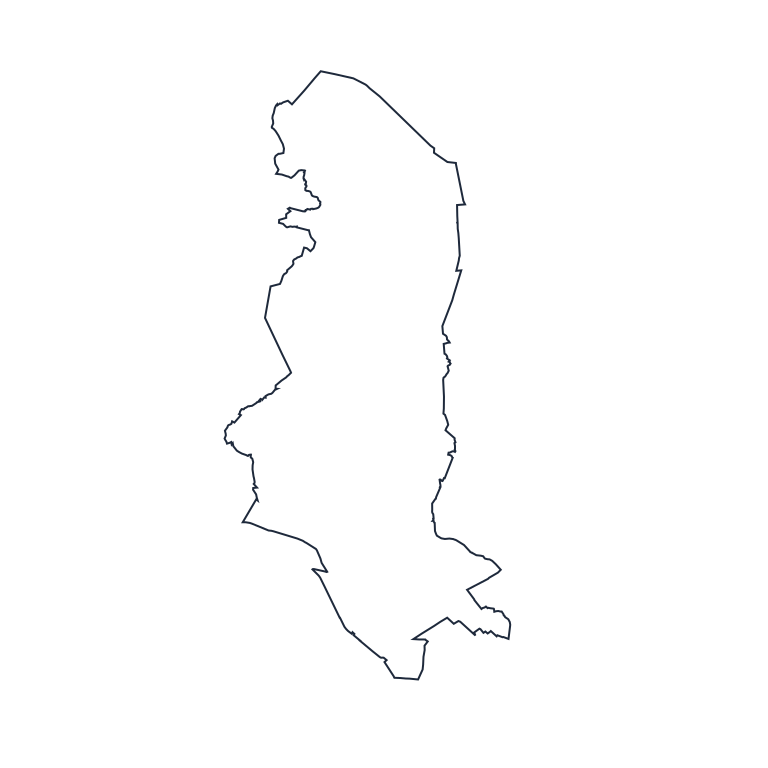 Tepeapulco, Hidalgo, Mexico, rotated 305°
{"feature_id": "50627088B41907364490539", "entity_name": "Tepeapulco", "entity_type": "district", "adm_level": 2, "iso_a3": "MEX", "parent_name": "Mexico", "parent_adm1": "Hidalgo", "projection": "mercator", "projection_center": [-98.507, 19.806], "detail": "fine", "context": "isolated", "style": "outline", "palette": "slate", "viewbox_px": 768, "rotation_deg": 305, "n_neighbors": 0, "source": "geoboundaries", "source_scale": "gbopen_adm2", "svg_char_len": 6142}
<svg xmlns="http://www.w3.org/2000/svg" viewBox="0 0 768 768"><g transform="rotate(305 384 384)"><path d="M605.9,285.3L617.1,215.6L618.0,202.6L618.6,199.1L618.7,197.2L616.8,183.6L609.6,166.0L603.9,152.8L594.6,151.8L578.7,150.4L560.3,148.2L560.9,142.8L556.8,139.8L554.4,138.9L554.2,137.9L551.3,136.9L552.0,136.0L550.2,135.8L547.4,136.3L542.6,138.3L540.0,138.9L537.7,140.1L536.1,142.0L533.9,143.8L530.2,144.6L529.6,145.2L529.7,147.2L529.0,150.1L527.0,155.0L524.3,159.9L522.4,163.6L519.4,167.1L515.5,169.1L512.9,166.7L512.0,165.5L508.7,164.4L506.2,164.9L502.1,168.5L499.1,174.6L496.9,175.0L494.3,175.1L497.0,180.2L498.4,185.1L499.1,186.8L499.3,189.2L499.7,189.8L503.6,191.0L509.9,191.8L511.7,193.5L513.5,196.7L513.4,197.0L511.4,197.1L511.4,197.8L509.1,198.9L507.6,199.3L506.2,200.2L505.3,201.5L505.9,201.6L505.0,204.2L502.9,205.2L502.9,204.8L502.4,204.8L502.1,205.1L502.1,206.6L501.3,207.2L499.8,207.1L498.9,207.4L498.3,208.0L497.8,208.2L497.7,209.6L498.7,211.3L499.2,212.9L499.1,213.9L497.1,216.8L497.1,217.9L497.5,219.4L498.6,221.7L498.6,222.2L498.5,222.9L497.2,224.5L496.9,225.1L496.7,227.4L495.8,228.0L495.3,228.0L494.3,229.1L491.8,229.3L490.7,229.0L489.1,228.0L486.5,225.6L486.7,225.1L485.7,223.8L485.0,223.4L484.5,223.5L483.4,220.8L482.2,220.7L481.6,220.0L481.3,220.1L480.7,220.5L480.4,220.5L479.9,220.2L479.8,219.5L479.1,218.9L474.5,206.7L474.4,205.7L472.4,204.8L471.9,208.2L466.9,206.5L464.0,208.6L458.3,204.0L455.8,205.5L457.3,209.5L456.7,212.8L456.6,214.2L456.8,214.8L459.4,216.9L460.3,219.0L461.4,220.1L462.0,221.3L463.0,222.3L462.3,222.7L466.4,233.5L466.9,234.3L464.3,237.3L462.4,240.0L460.8,246.4L456.4,247.9L454.8,248.3L450.6,247.6L451.0,243.0L449.9,240.3L441.8,243.1L440.9,242.4L439.6,241.8L438.0,240.5L436.5,240.1L434.5,239.0L432.9,238.9L432.4,239.1L430.5,240.9L428.6,241.0L427.4,240.9L421.6,239.4L420.6,240.2L418.9,240.2L417.9,239.9L417.2,239.3L416.0,239.2L414.3,239.3L409.5,240.8L406.3,241.4L398.9,235.1L369.9,248.6L349.8,283.8L340.7,300.2L339.9,301.4L336.6,300.8L334.7,300.2L333.4,300.1L328.1,298.1L320.7,296.1L317.9,297.9L318.7,299.2L317.1,298.3L317.1,298.0L312.8,297.7L311.4,297.3L309.2,295.3L306.2,293.9L305.5,294.5L304.9,294.9L304.4,293.6L301.3,293.4L301.4,293.2L301.0,291.4L298.5,291.2L299.3,292.3L298.9,292.6L298.4,292.3L298.1,291.9L297.7,291.7L297.5,291.3L297.0,291.1L296.0,290.3L295.4,290.4L290.4,288.4L288.9,286.7L288.6,286.6L287.9,285.5L285.6,284.6L284.2,283.7L283.0,283.7L282.5,283.3L282.0,282.0L281.8,281.8L278.8,281.9L277.3,282.6L276.2,282.5L276.4,284.6L266.6,283.6L266.3,281.0L263.9,281.8L262.8,281.4L261.6,280.5L260.8,280.1L259.7,280.2L258.7,280.6L254.5,280.5L252.4,282.9L251.1,284.0L247.9,284.7L247.0,286.4L246.4,287.9L245.1,289.6L247.3,291.3L248.8,292.1L247.1,293.9L248.8,294.0L246.6,296.3L245.0,301.7L245.1,304.1L245.5,307.5L246.9,312.5L246.8,313.3L247.3,314.0L248.4,314.0L249.4,314.9L249.8,315.5L247.8,316.6L247.4,317.0L247.3,318.9L245.8,320.7L244.9,321.7L242.1,323.0L238.6,325.3L233.5,330.1L232.3,331.5L229.6,334.2L228.7,334.7L227.4,334.6L226.3,339.4L223.8,336.5L222.3,337.4L220.2,342.6L217.9,345.0L216.1,347.3L216.2,345.5L189.7,347.6L191.5,350.2L193.2,353.7L193.8,355.7L197.8,373.5L199.1,375.8L199.9,377.8L207.7,401.7L209.0,407.4L209.1,410.5L209.3,411.4L209.8,423.0L209.2,424.5L204.6,432.0L201.7,435.5L197.6,445.2L197.1,444.9L196.4,442.8L192.2,432.7L191.5,431.8L191.1,431.7L189.6,440.4L188.8,442.7L184.2,451.1L167.1,481.8L167.3,482.0L162.4,490.9L161.6,493.4L161.1,495.9L161.0,497.5L160.9,501.0L162.6,500.6L162.3,503.1L160.8,503.4L160.1,511.7L159.9,511.6L158.5,528.0L157.9,537.3L158.1,538.6L159.3,540.1L159.6,540.8L159.3,544.5L156.5,543.9L150.1,559.7L149.6,560.4L149.3,561.0L152.5,566.0L155.5,571.2L157.0,573.4L161.5,581.4L172.3,579.4L176.6,577.0L183.2,572.8L189.4,569.9L192.9,567.3L198.2,567.5L198.2,564.8L198.4,564.4L194.7,559.0L191.9,554.4L201.2,558.1L214.5,563.8L221.4,566.5L228.8,569.8L227.6,578.7L232.5,580.9L233.0,582.8L230.4,603.1L232.2,600.4L238.3,602.5L238.5,603.7L237.2,608.2L239.4,609.0L239.1,612.0L241.9,613.0L242.9,613.2L241.9,621.0L243.2,621.0L244.6,626.4L245.2,626.9L246.6,632.2L258.3,626.0L259.3,625.4L261.2,623.5L262.6,620.7L262.5,617.0L263.1,615.9L263.1,614.8L263.8,614.2L265.1,610.9L264.3,609.7L263.6,607.8L262.1,606.1L260.7,605.0L262.8,603.1L262.9,602.7L261.3,599.7L260.5,597.8L259.8,597.4L260.2,595.2L259.9,594.9L259.4,594.9L258.8,594.7L257.0,593.3L255.6,592.9L258.8,582.0L259.3,581.5L263.1,570.1L284.1,581.0L285.5,581.2L294.8,585.5L298.8,586.2L300.5,578.9L301.2,574.1L300.9,571.1L299.9,569.4L298.9,567.0L299.1,565.9L299.8,564.1L298.9,561.8L296.7,557.8L296.3,553.6L296.1,553.3L296.3,552.8L295.8,551.2L296.0,550.9L298.0,541.9L297.5,533.0L297.3,531.8L296.9,530.8L296.8,529.9L294.9,526.2L292.0,522.8L290.6,519.8L290.4,518.9L290.1,514.3L291.2,512.4L292.8,510.1L299.0,505.4L298.9,505.3L299.4,504.7L299.8,503.5L300.6,502.9L300.0,502.3L301.2,502.3L301.8,501.6L302.0,501.8L302.3,501.8L305.6,499.0L306.1,497.7L306.8,496.8L309.1,495.3L313.7,492.0L318.1,492.0L319.3,492.0L319.8,492.3L321.2,491.6L331.8,489.4L331.7,488.9L332.7,488.8L333.5,488.3L334.6,487.1L337.5,484.4L337.9,484.6L338.1,485.3L337.8,487.0L338.0,487.5L338.4,487.6L341.4,487.1L341.7,487.8L362.9,482.6L362.8,482.3L363.7,481.0L363.8,479.3L362.9,477.1L364.8,476.3L365.5,477.2L368.0,478.6L368.5,479.2L368.9,479.8L369.1,481.1L370.0,481.0L370.7,479.6L371.2,479.6L374.0,477.7L376.0,475.6L377.2,476.0L378.8,473.8L380.1,473.0L381.4,460.9L383.5,460.4L387.4,460.0L389.9,457.1L393.7,451.7L393.8,449.7L398.2,447.1L408.0,440.4L421.3,430.1L422.4,429.6L423.1,429.2L423.6,429.2L425.3,429.8L428.1,429.6L429.3,429.8L432.0,429.4L435.0,425.9L435.7,425.9L437.5,426.9L438.9,426.8L439.0,426.1L439.7,425.4L439.4,424.2L441.1,424.3L441.0,420.9L442.2,420.6L443.1,419.4L443.7,417.5L443.5,416.2L451.1,409.9L452.9,411.5L454.2,412.4L455.6,414.0L456.2,412.8L456.6,410.1L458.1,408.9L458.6,408.3L459.1,407.1L459.0,403.5L464.9,398.6L491.7,391.9L497.4,389.9L521.4,382.1L518.2,378.3L528.1,374.4L530.1,373.3L532.5,372.5L546.2,361.7L550.3,358.3L553.4,355.4L557.1,352.7L558.0,351.6L558.2,351.9L563.6,347.7L572.5,341.2L577.6,347.4L579.5,344.0L605.2,317.0L606.3,316.1L602.2,308.6L602.1,292.3L605.9,289.9L605.9,285.3Z" fill="none" stroke="#1e293b" stroke-width="2"/></g></svg>